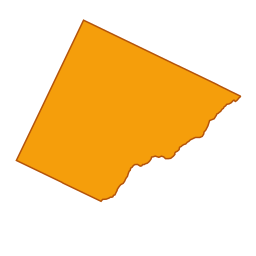 the district of La Plata, Colorado, United States of America, rotated 206°
{"feature_id": "52423323B97319640359332", "entity_name": "La Plata", "entity_type": "district", "adm_level": 2, "iso_a3": "USA", "parent_name": "United States of America", "parent_adm1": "Colorado", "projection": "albers", "projection_center": [-108.15, 37.32], "detail": "fine", "context": "isolated", "style": "filled", "palette": "amber", "viewbox_px": 256, "rotation_deg": 206, "n_neighbors": 0, "source": "geoboundaries", "source_scale": "gbopen_adm2", "svg_char_len": 1452}
<svg xmlns="http://www.w3.org/2000/svg" viewBox="0 0 256 256"><g transform="rotate(206 128 128)"><path d="M214.4,102.6L214.1,49.9L163.8,50.2L162.4,50.0L120.1,50.3L119.5,52.7L116.4,54.5L114.3,56.7L113.5,58.1L112.2,58.7L111.4,59.7L111.6,60.9L111.1,61.6L110.5,62.0L110.4,63.1L110.5,64.4L110.4,66.8L110.7,68.2L110.5,70.0L110.2,72.0L109.7,73.9L108.1,76.1L107.7,78.6L107.8,80.9L107.7,82.4L107.3,84.3L107.6,85.9L107.9,88.2L108.0,89.6L107.5,91.0L108.0,93.0L107.1,94.6L106.8,96.2L106.0,98.0L104.8,98.7L103.6,99.4L101.9,99.3L100.3,99.1L99.1,100.0L98.8,101.6L97.6,102.1L96.5,103.7L95.4,104.6L94.5,106.4L94.0,108.1L93.7,110.4L94.0,112.2L92.6,113.3L91.2,114.7L87.4,115.2L85.6,117.3L83.4,117.7L80.8,116.9L78.2,118.2L76.3,119.5L74.9,122.5L74.3,124.8L74.9,125.7L74.8,127.0L73.4,128.9L72.6,130.9L73.2,133.3L72.1,134.7L71.6,136.0L70.6,137.6L69.1,139.0L68.5,141.2L67.5,142.6L66.7,144.9L66.0,145.6L64.6,147.4L63.3,149.0L60.9,150.2L59.3,151.0L57.6,153.0L57.3,155.7L57.9,157.6L57.2,160.2L57.1,165.0L57.5,167.6L57.9,170.5L54.6,174.1L54.4,176.1L54.2,177.9L54.3,179.6L53.4,180.7L52.8,182.2L52.0,183.6L51.9,184.8L51.6,186.3L50.9,187.4L50.9,189.0L49.9,190.9L49.7,192.5L47.7,194.0L46.2,196.2L45.9,197.5L45.4,198.9L44.9,199.5L44.2,199.2L43.2,198.9L42.3,200.3L41.8,202.1L41.4,203.9L40.9,204.8L40.8,205.7L41.0,205.9L52.3,205.9L58.6,206.0L58.7,205.9L65.9,206.0L66.2,206.1L108.1,205.9L114.5,205.8L215.2,205.4L214.4,102.6Z" fill="#f59e0b" stroke="#b45309" stroke-width="1.5"/></g></svg>